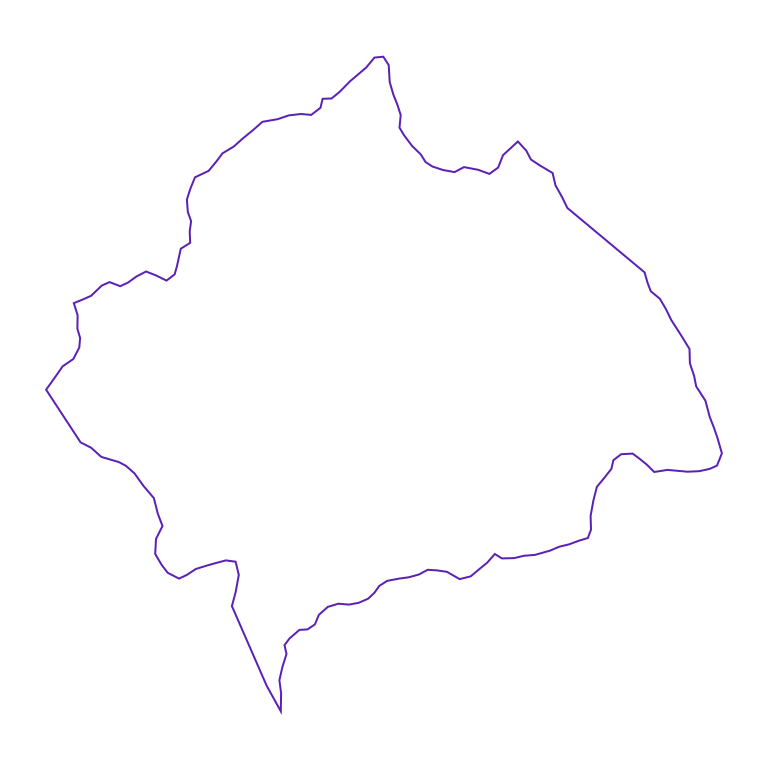 Analândia, São Paulo, Brazil
{"feature_id": "56859067B54615331892008", "entity_name": "Analândia", "entity_type": "district", "adm_level": 2, "iso_a3": "BRA", "parent_name": "Brazil", "parent_adm1": "São Paulo", "projection": "albers", "projection_center": [-47.68, -22.126], "detail": "fine", "context": "isolated", "style": "outline", "palette": "violet", "viewbox_px": 768, "rotation_deg": 0, "n_neighbors": 0, "source": "geoboundaries", "source_scale": "gbopen_adm2", "svg_char_len": 2191}
<svg xmlns="http://www.w3.org/2000/svg" viewBox="0 0 768 768"><path d="M517.9,141.5L503.0,155.2L498.2,167.5L489.4,173.9L478.2,169.8L464.0,167.1L454.5,172.1L443.0,170.0L432.6,166.6L425.6,162.1L420.7,154.3L412.2,146.1L404.0,135.2L399.5,127.7L400.7,115.0L397.3,104.5L393.4,94.7L389.7,82.0L388.7,65.1L383.3,56.7L374.4,57.6L366.3,67.4L357.8,74.7L350.1,81.2L339.5,92.0L331.5,98.5L322.6,98.8L320.5,107.7L311.2,114.9L301.0,114.0L288.7,115.4L277.6,119.2L262.4,121.8L253.5,129.7L242.4,138.8L233.8,146.5L222.4,153.4L216.5,161.3L208.6,170.9L195.0,177.3L190.2,189.1L186.9,199.6L187.8,211.9L191.1,221.2L189.7,231.4L190.2,242.8L180.8,248.7L177.0,266.0L174.6,274.4L166.5,280.6L156.4,275.6L146.1,271.5L136.4,276.5L128.0,282.6L120.2,286.2L109.6,282.1L101.7,285.6L91.1,295.8L83.0,299.4L73.8,303.1L77.6,315.1L77.4,328.8L80.1,337.9L79.3,347.5L73.3,359.0L62.7,366.3L53.7,379.1L46.1,389.7L80.6,442.4L91.2,447.8L101.3,456.9L109.4,459.3L118.7,462.0L125.9,465.8L134.5,473.4L143.3,485.7L153.9,498.2L157.8,513.7L162.5,526.0L156.0,538.9L155.2,554.0L161.7,564.9L167.6,572.7L179.0,578.6L186.9,574.9L195.8,569.0L207.4,565.4L217.1,562.7L225.9,560.4L235.6,561.7L238.8,574.9L235.6,592.3L231.9,606.1L266.7,685.8L280.8,711.3L281.1,693.1L279.4,680.2L282.4,667.0L286.5,654.0L284.5,645.1L289.5,638.5L299.4,629.9L307.5,629.4L314.9,624.4L318.9,614.8L327.8,606.9L338.4,603.7L348.9,604.6L358.7,602.8L368.1,598.7L374.4,592.8L379.3,585.9L387.1,580.9L399.0,578.6L408.7,577.3L418.9,574.5L427.7,569.8L437.1,570.4L446.9,571.8L459.6,579.1L470.6,576.4L481.0,567.7L487.2,562.7L494.8,554.0L501.9,558.4L514.2,558.1L523.7,555.8L534.9,554.9L550.2,550.6L559.2,546.7L568.9,544.4L579.2,540.6L587.9,538.0L591.0,529.6L590.6,515.9L593.5,500.0L596.9,486.8L605.0,477.0L611.4,468.8L613.4,460.2L621.2,454.2L632.6,453.6L639.0,458.3L646.9,464.7L654.2,472.0L667.4,469.9L687.5,471.7L699.1,471.2L709.7,468.9L717.0,465.6L721.9,453.3L717.6,438.4L714.3,428.7L709.7,416.8L705.4,400.7L696.2,386.4L694.1,375.9L689.9,363.3L689.5,349.0L681.4,335.8L671.3,320.1L666.0,309.2L659.8,298.7L650.8,291.3L647.5,282.6L644.6,272.4L567.4,208.0L562.3,197.5L555.5,185.4L552.6,173.0L539.8,165.4L530.9,159.5L526.3,150.7L517.9,141.5Z" fill="none" stroke="#5b21b6" stroke-width="2"/></svg>